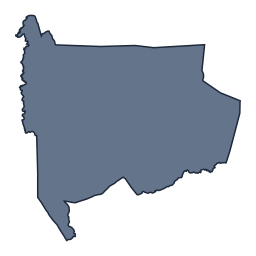 outline of Panda, Inhambane, Mozambique
{"feature_id": "85939544B74614871029564", "entity_name": "Panda", "entity_type": "district", "adm_level": 2, "iso_a3": "MOZ", "parent_name": "Mozambique", "parent_adm1": "Inhambane", "projection": "robinson", "projection_center": [34.062, -24.057], "detail": "fine", "context": "isolated", "style": "filled", "palette": "slate", "viewbox_px": 256, "rotation_deg": 0, "n_neighbors": 0, "source": "geoboundaries", "source_scale": "gbopen_adm2", "svg_char_len": 5524}
<svg xmlns="http://www.w3.org/2000/svg" viewBox="0 0 256 256"><path d="M25.7,132.9L26.1,133.1L27.2,132.8L28.6,131.7L28.9,131.7L29.7,132.2L30.3,132.3L31.0,131.8L31.9,131.4L32.2,131.4L33.4,131.9L34.3,132.7L34.8,133.7L34.8,134.5L35.2,135.3L36.2,135.8L36.7,135.7L37.7,173.2L37.7,197.4L41.6,202.9L46.1,210.3L47.9,212.5L48.5,214.0L49.6,215.7L53.0,220.3L57.0,224.6L59.9,229.7L64.3,236.5L65.4,238.5L65.9,239.1L66.5,240.4L66.8,240.6L67.7,239.8L68.9,239.4L70.3,239.5L70.9,239.2L72.4,237.9L73.2,236.4L75.2,236.5L75.4,236.1L75.1,235.6L75.1,234.8L75.3,234.2L75.0,233.6L74.0,233.5L73.8,233.2L73.7,232.8L74.3,231.3L73.6,229.5L72.8,228.8L71.9,227.6L70.2,226.7L69.1,226.3L68.5,225.9L68.3,225.3L68.4,223.9L69.3,222.2L69.4,221.7L69.2,220.9L68.6,219.2L68.9,217.5L68.7,216.9L68.0,216.3L67.8,215.4L67.9,214.6L69.3,211.2L69.0,207.3L67.6,204.8L65.8,202.9L65.0,202.4L64.3,201.1L68.6,201.7L72.6,202.5L75.6,202.7L78.9,201.5L86.8,199.0L92.4,196.6L94.0,195.7L97.3,194.8L100.7,194.3L102.3,193.5L103.2,192.8L105.5,190.3L107.0,189.0L109.8,186.0L114.6,183.3L116.9,181.2L118.2,180.5L122.6,177.5L123.3,177.2L124.2,178.1L125.3,178.6L131.4,187.6L137.1,194.7L138.6,194.7L141.6,193.4L142.2,192.9L142.5,191.7L142.8,191.4L144.0,191.7L144.9,192.3L146.0,192.5L146.9,193.0L148.3,193.1L150.7,192.2L151.0,192.3L152.3,193.0L153.4,192.8L154.6,192.1L154.7,191.6L155.0,191.1L155.4,191.5L155.7,191.5L156.0,190.7L157.0,190.1L157.3,190.1L158.5,190.5L159.8,190.3L161.0,189.7L161.7,189.6L162.5,189.0L163.7,188.7L167.1,186.6L168.4,186.7L169.6,185.8L170.3,185.7L171.3,185.2L172.2,185.1L172.6,184.8L174.0,183.1L174.6,181.4L175.5,180.8L176.2,180.0L177.0,179.8L177.5,179.3L177.9,178.2L180.1,177.6L181.3,177.6L181.6,177.4L182.3,176.0L182.3,174.9L182.9,174.2L183.0,173.1L183.5,172.6L184.1,171.4L184.7,170.9L185.0,170.8L185.9,171.3L186.3,171.3L187.1,170.0L187.6,170.0L188.4,170.9L188.9,172.1L189.7,172.7L190.4,172.9L192.2,172.8L193.4,172.1L193.9,172.0L194.7,172.7L195.3,172.9L196.2,172.8L197.5,173.2L198.1,173.1L199.4,172.1L200.4,172.6L200.8,172.4L200.9,171.9L200.9,170.3L201.0,169.9L202.0,169.8L203.6,169.3L204.6,169.5L204.9,170.1L205.1,170.1L205.5,169.5L206.4,169.5L207.1,169.9L207.2,170.2L206.9,170.7L207.1,170.8L207.5,170.6L208.5,170.5L208.8,170.6L208.9,171.4L209.3,171.9L209.6,172.0L210.2,171.6L210.6,172.1L210.8,171.7L211.1,171.6L212.1,171.6L212.1,171.1L212.2,170.7L212.9,170.1L213.1,168.8L213.8,168.0L214.9,167.8L215.0,167.6L214.9,167.1L214.3,166.7L214.3,166.1L214.5,165.7L215.8,164.7L216.9,163.4L218.0,163.0L219.1,162.9L219.5,162.5L219.9,162.6L220.2,163.1L220.7,163.1L222.4,162.8L225.1,162.6L225.6,162.9L226.1,162.8L229.8,151.2L239.8,113.3L240.0,102.7L240.2,100.8L220.3,92.8L202.8,80.7L202.7,80.0L203.3,78.1L203.6,76.9L203.5,74.8L203.3,73.6L202.0,70.7L202.0,69.9L204.6,44.7L153.8,47.7L134.9,45.5L100.4,46.5L55.8,44.9L55.4,44.5L55.0,43.6L54.7,41.8L54.4,41.0L52.6,38.6L51.7,35.4L49.9,33.4L49.2,31.5L48.8,31.1L48.2,31.0L47.2,31.3L45.4,32.2L44.2,33.4L42.6,33.6L41.9,34.5L41.3,35.9L37.7,23.1L36.9,22.1L36.3,19.7L35.2,16.8L34.5,15.9L33.7,15.6L31.9,15.4L29.8,15.4L27.7,16.1L26.2,17.2L26.2,17.4L27.0,17.3L27.1,17.7L26.8,18.5L26.2,18.9L25.9,19.5L25.5,19.7L25.3,20.1L24.5,20.4L23.5,21.2L23.4,21.8L23.0,22.1L23.2,23.2L23.1,24.0L24.1,25.4L23.7,25.7L23.4,25.7L23.5,26.4L23.3,26.8L22.6,27.2L22.3,27.6L21.7,27.7L21.5,28.2L21.2,27.9L20.8,28.2L20.9,28.8L19.6,29.5L19.9,30.2L19.5,30.5L19.3,31.2L20.1,31.5L20.1,32.3L19.8,32.3L19.2,32.9L18.5,32.6L18.2,33.0L18.4,33.1L18.4,33.6L17.5,34.3L17.3,34.8L17.0,35.0L15.8,35.0L15.9,36.0L16.5,36.4L17.5,36.5L17.5,36.8L17.9,37.3L18.7,37.3L20.6,36.6L21.5,35.9L23.0,34.1L24.3,34.2L24.7,36.6L25.9,38.6L25.9,38.9L25.5,39.2L25.4,41.0L26.3,41.4L27.1,41.0L27.6,41.0L27.9,41.7L27.9,42.5L27.6,42.7L27.5,43.3L26.9,43.5L26.7,43.9L27.1,43.9L27.5,44.5L28.5,44.6L28.9,45.1L28.6,45.9L28.1,46.3L26.3,46.2L25.8,46.9L25.7,47.9L24.1,48.1L24.1,48.6L23.7,49.2L23.9,49.5L24.7,49.9L24.7,50.2L24.4,50.7L24.4,51.6L24.9,52.4L24.9,52.8L24.2,53.7L24.0,54.2L23.4,54.8L23.2,55.9L23.6,56.8L23.5,57.7L22.9,58.3L23.0,58.9L22.8,59.4L22.8,60.2L21.7,61.3L21.2,61.6L20.9,62.1L21.1,62.9L22.3,63.4L22.5,64.5L23.0,64.9L22.9,65.6L23.7,66.6L23.3,67.1L23.3,67.4L23.6,68.0L23.8,68.8L23.0,69.7L23.2,70.5L22.9,70.9L22.6,71.0L22.6,71.3L23.1,72.0L23.5,71.9L23.5,72.6L23.8,72.9L23.3,73.0L23.0,73.3L22.8,73.7L22.9,74.0L22.6,74.7L22.4,74.6L22.4,74.9L21.9,75.1L21.5,74.9L20.9,75.6L20.8,76.0L21.2,76.8L21.8,77.2L21.8,77.5L22.3,77.6L22.8,78.3L22.5,78.7L22.0,78.9L22.0,79.4L22.3,79.5L22.1,79.8L22.2,80.0L23.1,80.3L23.2,80.7L23.5,81.0L23.9,80.9L24.0,81.2L24.5,81.2L24.6,81.9L25.6,81.8L26.0,82.1L26.2,82.4L26.1,82.7L26.3,83.2L25.7,84.1L24.7,84.5L24.3,85.0L23.8,85.0L23.3,85.4L22.6,85.3L21.8,85.6L21.6,85.8L21.9,86.3L21.3,86.4L21.1,86.0L20.6,85.9L20.4,86.4L20.6,86.8L20.3,87.5L20.1,87.4L19.9,87.1L19.6,87.3L20.3,88.2L20.4,89.7L21.4,90.4L22.0,90.3L22.2,90.5L22.2,91.0L21.9,91.8L21.2,92.5L21.2,92.8L21.9,94.4L22.6,94.9L23.0,95.7L23.5,95.9L23.8,96.4L23.3,97.4L22.7,97.8L22.3,98.7L22.4,99.2L21.9,100.0L22.7,100.9L23.3,101.0L23.7,101.3L23.5,102.0L23.8,102.3L23.5,103.6L23.9,104.6L23.9,105.1L24.2,106.1L23.7,107.7L22.5,109.1L22.3,109.9L22.5,110.8L23.1,111.3L23.9,111.4L24.7,110.8L25.1,111.2L25.3,111.7L24.4,113.6L23.8,114.1L22.8,114.2L22.3,115.1L22.4,115.7L22.8,115.9L23.0,116.5L23.6,116.7L24.0,117.1L23.9,117.5L24.1,118.4L24.0,119.1L23.7,119.6L23.2,119.9L22.7,119.8L22.2,119.9L22.1,120.9L22.8,122.2L22.8,123.1L23.1,123.6L23.0,124.2L23.4,124.8L23.9,126.4L24.4,127.3L24.3,128.3L24.5,128.9L24.9,129.0L24.8,130.1L25.3,130.3L25.1,130.8L25.3,131.3L25.2,131.9L25.7,132.9Z" fill="#64748b" stroke="#1e293b" stroke-width="1.5"/></svg>